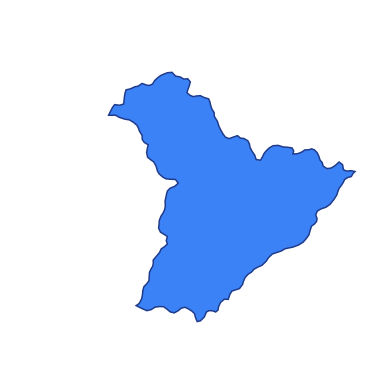 outline of Mendes Pimentel, Minas Gerais, Brazil, rotated 311°
{"feature_id": "56859067B15829263431037", "entity_name": "Mendes Pimentel", "entity_type": "district", "adm_level": 2, "iso_a3": "BRA", "parent_name": "Brazil", "parent_adm1": "Minas Gerais", "projection": "mercator", "projection_center": [-41.353, -18.606], "detail": "fine", "context": "isolated", "style": "filled", "palette": "blue", "viewbox_px": 384, "rotation_deg": 311, "n_neighbors": 0, "source": "geoboundaries", "source_scale": "gbopen_adm2", "svg_char_len": 2833}
<svg xmlns="http://www.w3.org/2000/svg" viewBox="0 0 384 384"><g transform="rotate(311 192 192)"><path d="M314.4,301.6L312.6,298.2L309.3,295.1L308.2,291.7L311.4,287.7L311.1,283.3L306.6,282.8L303.6,282.1L300.9,281.0L298.2,278.4L297.6,274.1L299.7,270.8L300.1,267.7L302.3,264.1L303.8,260.6L304.1,256.8L303.1,254.0L300.3,252.3L297.9,249.6L294.1,248.6L290.2,246.6L286.9,243.2L289.7,241.8L290.9,238.6L288.7,235.1L285.8,231.2L283.7,226.4L280.2,222.9L276.1,221.4L271.7,221.0L268.4,221.1L264.9,222.1L260.9,222.8L258.6,219.1L261.0,215.1L262.2,210.3L264.0,206.1L266.0,203.8L267.3,200.5L266.5,196.2L264.4,193.1L264.4,189.4L260.7,187.2L256.6,185.0L255.3,181.1L256.2,177.2L257.8,172.6L259.4,169.0L262.0,164.8L263.7,159.3L266.5,156.5L267.8,152.3L269.8,149.0L271.7,146.5L273.2,143.4L271.4,139.5L270.1,135.0L267.3,132.3L264.8,130.4L263.6,126.8L263.7,123.0L267.0,121.5L270.3,120.3L274.0,118.5L274.7,114.5L271.9,111.8L271.1,107.7L268.7,103.5L269.2,98.4L265.9,95.2L262.7,93.5L259.3,91.9L255.6,91.1L251.5,90.7L247.6,91.4L244.4,89.9L242.8,87.4L241.2,83.1L236.5,81.9L234.0,79.9L229.2,77.7L225.9,75.2L223.1,76.4L220.3,78.0L217.1,80.2L213.7,82.7L210.1,80.6L207.2,76.3L203.8,76.5L199.9,77.4L195.2,78.7L197.4,81.3L199.7,83.7L200.6,88.0L202.7,93.1L205.4,97.6L206.2,102.4L206.2,106.7L205.1,109.5L203.5,112.3L201.9,117.3L199.0,120.0L198.1,123.5L198.9,128.0L195.0,130.0L192.0,131.9L189.1,135.7L189.3,140.3L189.6,143.4L187.9,148.0L185.1,152.3L184.1,155.5L184.1,160.0L184.8,163.6L187.3,167.1L190.6,171.3L189.6,175.8L185.2,175.3L180.3,172.9L176.7,172.8L174.0,174.0L171.2,175.6L167.5,177.6L164.0,181.0L160.8,182.9L157.1,184.0L153.6,184.4L149.0,186.0L145.5,188.7L142.8,190.5L141.0,194.6L141.7,198.8L142.3,202.6L138.5,204.4L136.6,207.5L133.1,207.2L128.9,206.1L125.0,207.2L119.6,207.3L115.1,207.4L112.9,209.5L110.1,211.1L106.9,211.6L103.5,212.6L99.9,215.3L97.0,217.6L93.7,218.1L89.1,217.8L85.2,219.6L82.3,221.8L78.5,224.0L73.4,225.3L69.6,224.4L70.9,229.6L72.8,235.8L76.5,238.4L80.6,239.5L84.1,242.5L86.8,245.8L87.2,250.1L87.2,254.1L89.1,257.9L93.1,259.4L97.3,260.1L100.4,262.3L101.4,265.9L102.0,269.7L101.9,273.6L99.6,276.9L97.6,280.9L100.3,282.9L105.8,283.3L110.8,281.6L113.7,282.7L115.9,285.6L117.0,288.6L119.9,289.1L122.9,287.3L127.3,286.0L132.2,286.7L134.8,289.8L139.1,287.9L143.3,287.1L146.8,289.1L150.2,291.2L155.4,290.8L158.2,289.5L162.2,288.2L166.7,288.3L170.5,289.4L174.5,289.5L178.1,290.8L182.6,292.9L188.3,293.4L192.6,292.8L197.9,293.3L202.4,295.9L206.1,298.1L209.9,299.3L213.1,301.6L216.6,304.3L221.8,307.1L227.0,308.8L232.0,308.8L236.3,308.4L240.6,306.3L244.7,304.6L248.0,305.4L251.4,305.4L254.0,303.8L255.9,300.4L259.7,299.1L263.8,300.4L268.4,303.1L273.3,304.3L279.6,304.0L284.5,303.3L288.3,301.7L291.4,300.6L294.8,300.4L298.3,299.9L301.7,299.0L305.2,300.1L308.2,302.1L311.3,301.4L314.4,301.6Z" fill="#3b82f6" stroke="#1e3a8a" stroke-width="1.5"/></g></svg>